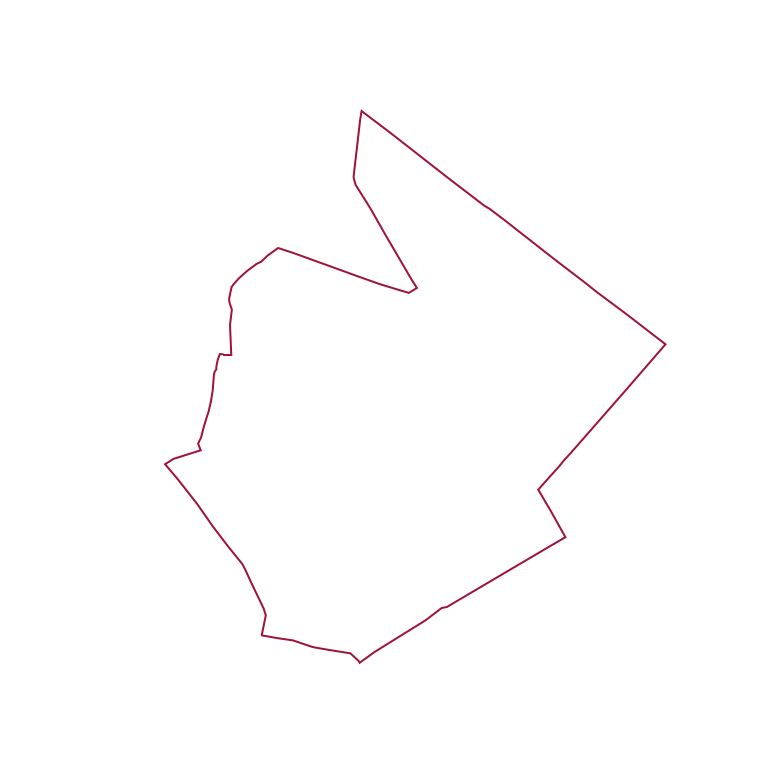 Quan 11, Hồ Chí Minh city, Vietnam, rotated 323°
{"feature_id": "81297802B37641712637141", "entity_name": "Quan 11", "entity_type": "district", "adm_level": 2, "iso_a3": "VNM", "parent_name": "Vietnam", "parent_adm1": "Hồ Chí Minh city", "projection": "albers", "projection_center": [106.646, 10.766], "detail": "fine", "context": "isolated", "style": "outline", "palette": "rose", "viewbox_px": 768, "rotation_deg": 323, "n_neighbors": 0, "source": "geoboundaries", "source_scale": "gbopen_adm2", "svg_char_len": 1510}
<svg xmlns="http://www.w3.org/2000/svg" viewBox="0 0 768 768"><g transform="rotate(323 384 384)"><path d="M531.2,155.5L530.4,152.5L524.0,158.6L498.0,185.9L484.8,199.8L484.0,200.8L482.6,204.2L481.2,207.8L479.4,228.9L478.6,237.3L474.7,267.3L472.5,286.3L472.1,289.8L468.9,316.9L468.1,327.1L458.7,326.2L453.4,319.1L440.6,301.5L425.8,279.1L413.6,260.3L402.3,243.0L390.2,224.4L387.1,220.0L381.2,211.6L368.1,211.4L359.5,212.4L354.5,211.4L342.7,211.3L331.6,212.3L330.1,212.6L323.4,213.9L320.6,214.9L316.6,218.3L311.5,222.8L309.4,226.5L307.3,233.0L296.7,244.0L282.8,264.1L279.5,268.9L273.7,264.6L273.2,263.3L270.9,261.3L266.0,264.4L260.6,269.2L258.9,271.4L256.3,272.2L254.0,274.0L243.1,286.3L235.0,294.0L227.4,300.4L221.5,304.5L214.0,310.0L205.9,316.5L199.7,319.7L197.7,326.6L174.5,318.4L170.8,317.1L160.9,316.3L162.0,336.3L162.6,367.4L161.6,395.5L161.7,419.0L162.5,443.0L161.2,450.0L157.9,465.2L152.8,490.8L150.4,497.6L135.7,510.6L135.3,511.4L146.1,523.0L157.2,534.2L158.7,536.5L164.2,544.6L165.8,546.9L169.0,551.5L173.2,556.0L181.2,564.5L195.0,578.8L197.1,589.9L196.8,592.0L214.8,592.3L275.1,597.7L295.3,597.6L295.7,597.8L299.9,599.9L367.1,607.5L418.8,613.4L436.7,615.5L441.3,581.9L441.3,581.0L443.6,561.2L457.1,558.5L474.6,555.1L480.9,553.5L489.5,551.9L505.5,548.6L532.3,543.0L562.9,536.6L573.5,534.4L596.3,529.5L632.7,521.7L619.4,473.2L609.3,438.7L605.0,422.1L596.7,392.5L584.0,345.1L579.1,326.5L573.7,307.5L571.3,301.6L558.7,256.3L540.6,188.6L531.2,155.5Z" fill="none" stroke="#9f1239" stroke-width="2"/></g></svg>